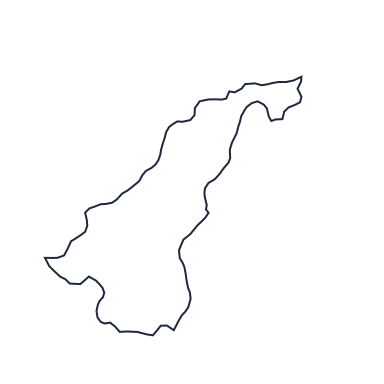 Iracemápolis, São Paulo, Brazil (Robinson projection), rotated 219°
{"feature_id": "56859067B21577616213228", "entity_name": "Iracemápolis", "entity_type": "district", "adm_level": 2, "iso_a3": "BRA", "parent_name": "Brazil", "parent_adm1": "São Paulo", "projection": "robinson", "projection_center": [-47.523, -22.617], "detail": "fine", "context": "isolated", "style": "outline", "palette": "slate", "viewbox_px": 384, "rotation_deg": 219, "n_neighbors": 0, "source": "geoboundaries", "source_scale": "gbopen_adm2", "svg_char_len": 1791}
<svg xmlns="http://www.w3.org/2000/svg" viewBox="0 0 384 384"><g transform="rotate(219 192 192)"><path d="M248.8,43.8L241.0,43.3L235.6,44.5L229.2,44.0L220.8,50.2L218.9,61.4L211.1,62.7L206.4,62.2L201.2,61.2L196.8,58.5L195.0,54.2L195.3,49.5L194.2,45.0L191.2,39.3L186.6,35.1L181.3,33.6L177.2,34.8L173.3,39.0L166.8,39.0L160.2,37.8L154.6,42.8L146.5,48.8L137.7,52.8L132.2,56.0L132.1,60.9L132.1,68.4L127.4,72.5L119.2,73.1L121.5,84.4L122.3,89.8L121.9,95.0L122.4,100.1L125.9,108.2L130.6,112.7L134.6,114.9L140.4,119.7L145.2,124.2L150.7,128.9L154.4,130.9L159.9,132.9L165.5,138.6L168.7,149.5L166.8,158.5L166.8,169.4L166.0,175.2L165.5,180.7L166.0,186.2L170.1,187.2L172.5,191.3L177.9,195.3L181.6,198.8L184.3,203.2L184.9,209.3L182.3,216.4L181.9,223.7L182.4,230.4L182.1,237.6L183.6,242.3L189.2,248.6L192.0,255.5L194.3,265.8L197.4,272.5L198.9,276.7L201.5,282.0L202.5,287.9L203.0,292.4L201.5,298.7L198.0,303.8L191.1,305.1L186.4,304.1L179.9,299.0L175.0,297.1L172.8,300.9L167.6,305.5L170.9,312.5L170.2,318.5L166.8,324.5L164.5,329.7L166.9,334.9L175.0,338.7L176.7,346.4L179.5,350.4L183.4,342.4L188.1,336.7L193.9,332.0L198.0,327.4L201.0,323.3L205.1,318.8L211.5,316.0L218.6,309.3L218.5,303.6L221.5,296.4L226.3,293.6L224.2,286.1L227.2,282.4L232.2,278.7L237.3,274.4L243.1,267.4L242.6,259.1L238.4,253.3L238.6,246.8L243.6,240.6L247.8,237.6L249.6,232.7L250.7,228.0L249.8,222.3L247.4,217.2L245.3,211.5L242.7,205.5L240.1,201.0L238.1,195.4L237.7,190.5L238.6,185.4L241.1,179.4L241.1,173.7L239.9,167.2L241.2,160.7L242.9,153.0L245.3,146.8L245.7,139.1L247.4,133.3L251.7,128.2L255.2,125.1L258.1,120.0L261.4,114.7L262.1,108.7L256.2,104.1L252.1,99.8L250.0,93.8L251.5,87.9L253.0,83.3L255.0,77.6L253.0,69.9L251.5,62.3L255.0,56.3L258.4,53.4L264.8,48.3L256.2,44.5L248.8,43.8Z" fill="none" stroke="#1e293b" stroke-width="2"/></g></svg>